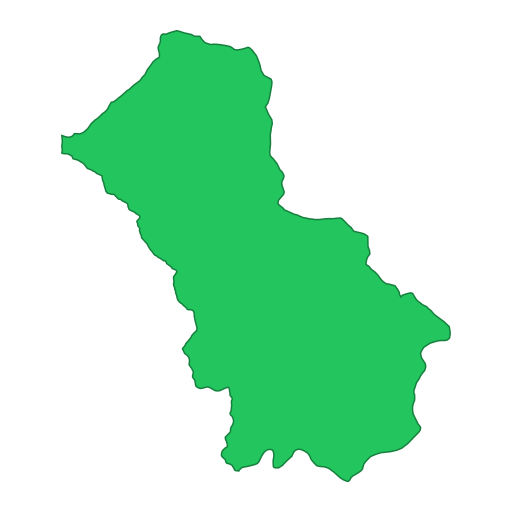 Bjoka, Shemgang, Bhutan
{"feature_id": "84629894B39816356167412", "entity_name": "Bjoka", "entity_type": "district", "adm_level": 2, "iso_a3": "BTN", "parent_name": "Bhutan", "parent_adm1": "Shemgang", "projection": "natural_earth1", "projection_center": [91.071, 26.964], "detail": "fine", "context": "isolated", "style": "filled", "palette": "green", "viewbox_px": 512, "rotation_deg": 0, "n_neighbors": 0, "source": "geoboundaries", "source_scale": "gbopen_adm2", "svg_char_len": 6036}
<svg xmlns="http://www.w3.org/2000/svg" viewBox="0 0 512 512"><path d="M61.8,135.5L62.4,141.5L61.9,144.9L61.9,147.4L62.3,149.5L61.8,153.0L62.7,153.5L65.2,153.8L67.1,153.7L69.8,154.8L71.1,155.6L72.1,156.2L72.3,157.1L73.0,158.7L75.3,159.4L77.1,159.8L79.2,160.8L80.6,161.8L83.1,163.2L83.9,164.0L87.4,168.4L91.1,169.8L93.0,171.0L94.6,171.6L96.9,173.5L101.7,175.6L102.0,176.4L102.4,179.1L102.8,180.8L103.7,182.6L104.2,185.4L105.4,189.2L105.7,190.8L106.9,192.6L107.9,193.3L109.4,193.6L110.4,194.0L111.6,194.3L114.4,194.5L114.9,195.3L115.5,196.0L116.4,196.8L117.3,197.9L118.2,198.8L118.9,199.2L120.6,199.4L122.2,200.8L126.3,202.8L127.7,204.0L128.1,206.8L128.9,209.0L129.5,209.8L134.9,212.4L135.9,213.5L138.1,214.7L139.2,215.5L139.9,216.5L139.8,217.4L139.6,218.1L138.1,219.7L137.0,221.1L136.9,221.8L137.6,223.4L137.8,225.7L139.8,228.4L139.5,229.9L139.6,231.4L140.0,232.3L140.4,233.9L141.3,235.1L141.4,236.6L141.7,237.9L147.1,243.9L148.1,245.9L150.1,249.3L152.3,251.8L153.9,254.1L154.8,255.1L156.7,256.0L158.2,257.4L159.1,257.7L161.6,259.2L163.2,260.5L163.8,260.9L164.9,260.5L166.0,261.6L166.3,262.7L166.7,263.6L170.1,266.0L171.5,267.2L172.2,268.6L174.5,269.3L176.1,270.2L176.6,271.2L176.8,272.1L176.0,273.2L174.8,275.2L173.7,276.5L173.5,278.1L174.0,281.6L173.6,283.7L173.6,285.0L173.9,286.1L174.6,287.4L174.8,289.4L175.7,291.5L175.6,292.7L176.5,295.0L177.4,298.9L178.3,300.7L180.4,302.9L181.9,303.7L183.3,305.3L185.3,306.9L186.4,308.0L187.3,309.4L188.4,309.7L190.3,309.7L192.1,310.1L193.5,311.1L194.2,313.3L194.3,316.9L194.7,317.9L194.9,319.6L195.5,322.3L196.6,326.1L197.1,328.8L196.6,330.3L195.8,331.5L194.6,332.4L193.3,333.8L191.6,335.9L191.0,337.5L185.7,343.8L185.4,344.8L184.4,346.4L182.8,348.2L182.5,348.8L184.7,353.5L185.6,354.0L187.1,355.3L189.0,357.6L189.1,358.6L189.4,359.5L189.5,361.9L189.1,363.8L189.1,364.7L189.9,366.0L192.2,369.2L192.4,370.3L193.3,371.5L193.2,373.1L192.6,375.8L192.6,377.2L194.0,379.1L194.8,380.3L195.1,381.7L195.7,385.7L196.3,386.4L197.6,387.5L200.3,388.5L203.3,388.0L206.8,386.9L209.3,387.3L212.5,389.1L214.5,390.4L216.6,390.9L219.1,390.8L220.5,390.4L222.4,389.4L224.9,388.3L228.0,387.2L229.1,388.0L230.0,393.3L230.0,395.1L232.1,398.1L232.2,399.8L231.6,400.5L231.4,401.9L231.7,404.9L231.3,408.8L231.2,410.9L230.5,412.1L230.1,413.0L230.3,414.7L231.9,416.1L232.8,417.8L233.5,420.1L233.5,421.3L233.3,422.9L232.7,424.4L232.0,425.8L231.1,427.1L230.6,428.7L230.5,430.7L230.3,431.9L229.8,432.6L225.4,437.0L225.3,438.7L226.5,441.4L226.6,442.3L227.3,444.2L227.4,445.3L227.2,446.4L226.6,447.3L225.0,448.1L223.2,449.9L222.5,450.7L222.1,451.5L221.6,453.5L221.4,455.1L221.6,455.9L222.1,456.6L223.8,458.4L225.0,459.3L225.3,459.9L225.8,461.6L226.1,462.3L226.7,463.2L230.0,464.1L231.6,465.0L232.4,465.8L232.7,466.6L233.3,467.2L233.8,468.0L234.0,468.8L234.7,470.0L235.3,470.5L238.8,471.0L239.1,470.2L241.9,467.5L247.9,466.3L254.7,464.6L257.2,463.6L258.8,461.9L261.9,455.6L264.5,451.8L267.2,449.9L269.3,449.4L271.6,449.6L272.6,450.4L273.4,451.8L273.9,454.7L273.7,457.6L273.3,459.4L273.1,461.2L273.3,465.5L273.4,466.7L274.2,467.6L275.6,467.8L278.4,467.9L282.3,465.5L286.7,460.9L291.8,456.3L292.9,453.8L294.2,451.5L295.3,450.4L298.1,449.2L301.0,449.5L304.0,450.8L307.9,453.2L309.8,456.2L311.2,459.6L314.0,462.9L316.6,465.6L319.5,466.4L324.7,466.9L327.4,467.8L329.3,468.7L333.9,472.1L340.5,478.0L344.0,480.1L347.2,481.3L348.3,481.3L349.5,480.4L351.0,477.7L352.7,476.0L358.4,472.7L361.3,470.5L362.6,468.7L363.1,466.5L363.9,463.9L366.5,460.6L370.6,456.5L375.8,454.3L380.8,452.7L390.8,451.6L396.8,450.2L401.7,448.2L407.8,443.5L419.3,431.6L420.1,430.1L420.5,428.9L420.6,427.7L420.2,426.7L417.9,423.7L413.2,414.1L412.6,410.3L412.5,408.0L412.7,406.0L413.2,403.8L414.6,400.3L414.7,398.0L414.6,394.8L413.9,392.8L413.9,390.7L416.4,382.9L419.1,378.8L420.6,375.8L422.4,373.2L424.8,370.3L425.1,368.9L425.6,367.6L425.7,366.0L425.5,364.6L424.8,362.7L424.2,362.0L421.5,357.8L420.5,353.4L422.1,349.8L423.9,347.2L430.2,343.1L436.9,341.1L440.6,340.5L445.1,340.5L447.5,339.9L449.5,338.1L450.2,333.8L449.9,330.5L449.2,326.5L448.2,325.7L444.4,322.0L434.3,314.5L430.7,310.3L428.1,308.4L427.0,306.9L422.7,304.8L417.0,300.4L415.3,298.0L412.6,293.4L410.6,292.8L406.3,293.9L402.4,295.2L400.9,296.9L399.7,294.9L399.1,292.0L397.8,289.7L396.0,287.2L395.5,286.4L394.9,285.7L388.4,284.0L386.7,283.9L385.1,283.1L381.9,280.5L377.9,275.2L375.4,272.4L371.5,269.5L368.9,266.3L366.6,264.9L366.0,264.0L366.1,262.3L366.7,259.3L367.8,256.7L369.8,254.1L369.6,250.9L368.0,246.5L367.8,236.4L367.0,235.7L364.1,233.9L361.5,233.1L353.9,231.3L351.0,227.4L348.6,225.5L342.1,218.8L340.4,218.0L335.4,218.4L332.6,218.7L329.5,218.6L324.6,218.9L319.9,219.5L315.0,219.6L313.1,219.2L309.2,218.8L306.8,218.2L303.5,217.7L299.7,216.2L297.9,215.2L293.8,214.1L287.5,211.2L285.3,210.3L284.1,209.6L283.4,208.4L279.9,205.6L278.2,204.1L278.0,202.3L278.5,200.3L283.7,194.1L284.2,191.9L282.5,186.9L281.7,183.9L281.9,181.4L283.4,178.5L284.0,176.1L283.6,174.8L282.8,173.1L281.4,171.0L280.1,170.1L277.0,163.6L273.6,159.3L270.2,155.7L269.8,153.3L269.8,151.0L270.5,144.1L270.3,134.8L271.5,126.8L272.3,123.7L271.8,119.7L269.1,115.3L267.3,111.5L266.2,108.6L265.3,107.0L267.9,103.0L269.4,98.1L271.6,86.0L271.9,83.1L271.9,81.5L271.0,79.1L264.1,75.5L261.2,70.8L259.7,64.2L257.8,59.0L256.1,55.3L251.8,49.8L249.3,47.7L247.9,47.3L246.0,48.0L241.9,49.2L237.1,50.0L234.4,49.5L231.9,47.6L230.2,46.6L225.8,45.6L220.4,44.7L215.1,44.2L210.4,44.5L205.0,42.7L201.7,39.2L200.6,37.4L199.8,36.3L194.7,36.3L191.3,34.5L184.2,32.9L179.9,31.5L176.7,30.7L170.0,32.6L165.9,34.2L163.0,34.0L161.4,35.0L160.3,38.0L160.4,41.6L159.6,43.9L158.2,46.8L158.4,49.9L159.4,53.1L159.4,57.2L155.9,59.3L153.0,61.9L150.8,65.2L147.4,69.6L145.1,74.5L142.4,77.2L139.9,80.7L133.9,85.1L129.1,89.5L127.1,90.6L121.7,95.5L115.6,100.4L113.6,101.8L111.2,102.3L109.2,105.7L107.5,109.2L105.3,111.6L102.1,114.0L99.5,116.6L97.0,118.8L95.2,119.9L91.3,123.5L87.6,128.8L84.0,132.0L81.3,133.4L79.5,134.0L78.6,133.8L74.4,133.6L73.1,135.5L71.3,136.7L68.6,137.3L66.7,137.0L64.0,136.3L62.7,135.7L61.8,135.5Z" fill="#22c55e" stroke="#15803d" stroke-width="1.5"/></svg>